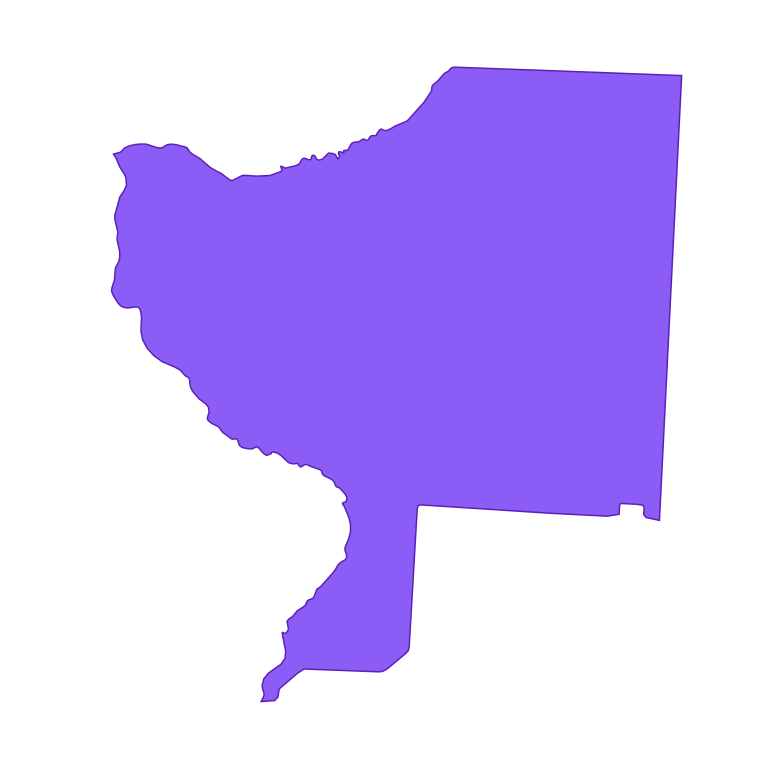 the border of Kgalagadi, rotated 93°
{"feature_id": "BWA-2625", "entity_name": "Kgalagadi", "entity_type": "District", "adm_level": 1, "iso_a3": "BWA", "parent_name": "Botswana", "parent_adm1": "", "projection": "orthographic", "projection_center": [21.995, -25.1], "detail": "fine", "context": "isolated", "style": "filled", "palette": "violet", "viewbox_px": 768, "rotation_deg": 93, "n_neighbors": 0, "source": "natural_earth", "source_scale": "10m", "svg_char_len": 3976}
<svg xmlns="http://www.w3.org/2000/svg" viewBox="0 0 768 768"><g transform="rotate(93 384 384)"><path d="M153.1,436.5L152.5,433.4L151.7,432.0L147.6,430.1L145.2,428.6L144.3,426.9L143.3,422.0L142.7,420.7L141.1,418.7L140.5,417.6L140.5,416.4L141.1,415.5L141.7,414.6L141.3,413.1L140.4,412.2L137.8,410.8L136.9,409.9L136.6,408.9L136.3,404.8L133.5,403.7L130.9,402.1L129.5,400.0L130.7,397.4L130.9,395.1L129.3,391.7L125.4,385.6L120.8,375.9L119.3,373.9L100.6,358.8L89.6,352.3L88.2,351.9L85.2,351.7L83.8,351.4L82.3,350.3L78.4,346.0L70.9,340.2L68.1,335.9L65.6,334.0L64.6,333.0L63.9,330.4L63.5,303.3L63.1,276.2L62.6,249.1L62.2,222.0L61.8,194.9L61.7,190.5L61.4,167.8L61.0,140.7L60.6,113.6L60.4,102.9L63.2,102.9L505.8,101.8L503.6,115.3L500.6,117.9L494.1,117.7L492.6,118.3L491.4,119.5L490.9,125.5L490.9,140.6L491.3,141.8L492.3,142.2L493.7,142.4L501.8,142.4L504.3,154.0L504.4,210.1L502.8,340.0L503.1,342.0L503.8,343.5L505.8,344.1L507.9,344.3L645.0,345.1L647.2,345.4L649.4,346.1L651.6,347.9L667.9,365.4L669.7,367.9L671.1,370.5L671.7,374.0L672.8,449.0L677.3,455.2L693.4,472.1L695.6,472.9L702.1,473.5L705.8,476.5L707.6,490.0L701.4,487.5L698.5,487.8L695.7,489.0L691.8,489.9L684.6,488.6L678.7,484.1L669.1,472.1L662.9,468.4L655.5,468.3L640.7,472.1L637.6,472.5L637.4,471.8L638.2,470.5L638.1,469.2L636.6,467.9L635.2,467.0L633.5,466.6L626.2,468.4L623.5,466.6L621.4,463.5L615.0,458.7L609.7,451.5L608.5,450.7L605.6,449.7L604.3,448.9L603.4,447.5L602.0,444.1L600.6,442.9L592.7,440.4L591.0,438.5L589.9,436.9L575.0,424.9L571.5,422.6L567.3,420.6L565.9,419.5L564.1,417.5L561.9,414.1L560.7,412.8L558.6,412.2L556.8,412.5L552.1,414.2L549.6,414.4L547.4,413.8L540.9,411.3L533.1,409.7L526.0,410.1L519.2,412.1L508.5,417.1L507.1,418.3L505.4,419.2L504.5,418.4L503.9,416.8L503.0,415.5L499.6,415.0L496.2,416.8L490.6,422.4L489.8,423.8L489.5,425.2L488.9,426.4L487.3,427.4L485.3,428.3L483.8,429.2L482.6,430.6L481.4,432.5L479.0,438.6L477.5,440.5L473.9,441.9L472.9,443.5L470.0,453.2L468.9,455.6L468.5,456.9L468.4,458.2L469.2,459.8L470.5,461.5L471.2,463.1L469.9,464.7L467.9,466.1L467.8,467.4L468.3,468.8L468.5,470.5L468.2,472.7L467.8,474.4L467.0,475.9L460.6,483.4L458.7,486.6L457.8,490.0L457.9,492.2L458.4,492.7L459.3,493.0L460.3,494.6L461.1,496.8L461.3,497.8L459.8,500.5L457.6,502.8L454.7,505.3L453.2,507.9L455.0,510.8L455.7,512.8L455.8,516.3L455.3,520.0L454.6,522.6L453.4,524.6L452.0,525.6L447.9,527.1L446.4,528.4L446.5,529.8L447.0,531.4L446.9,533.2L440.9,542.3L440.6,542.6L439.2,544.0L436.4,546.0L434.8,548.1L432.5,553.6L429.8,557.7L427.4,558.7L421.0,557.2L416.5,558.1L413.4,560.6L408.6,567.8L401.2,574.9L397.8,576.7L395.5,577.5L389.1,578.6L387.8,579.5L386.3,582.7L380.6,588.5L377.9,594.2L373.3,606.7L368.0,615.0L360.9,622.2L352.6,627.3L343.7,629.5L330.0,629.6L325.6,630.4L321.8,631.7L320.2,633.4L320.0,635.8L321.3,642.9L321.4,646.0L320.8,648.8L319.3,651.6L316.7,654.2L308.7,659.6L305.6,660.9L302.6,660.8L294.2,658.6L282.2,658.3L275.3,655.2L272.1,654.6L265.6,654.9L253.9,658.1L251.9,658.2L247.9,657.8L245.9,657.8L233.7,661.4L229.4,661.6L210.8,657.5L205.1,654.0L199.1,651.5L191.2,652.6L187.6,654.6L181.1,659.2L172.1,663.6L169.1,665.8L168.7,666.2L168.0,664.7L166.5,659.7L165.1,658.0L163.0,656.5L162.2,655.7L161.3,654.5L159.3,650.2L157.8,644.5L157.0,638.7L156.9,634.0L159.8,623.2L160.0,619.6L159.3,617.3L157.0,614.1L156.1,612.2L155.6,608.1L156.0,603.6L157.7,595.1L158.3,593.2L162.5,590.0L164.4,587.5L168.5,579.6L176.6,569.2L179.7,563.5L182.3,557.4L188.3,548.7L188.8,546.2L183.4,536.8L182.9,533.9L183.1,522.5L181.8,508.9L177.9,499.5L177.8,499.0L176.2,497.1L175.4,497.1L174.0,497.8L172.1,498.5L172.2,497.0L173.6,494.0L170.6,483.6L169.1,480.8L167.7,479.6L164.0,477.8L162.8,476.2L162.8,474.5L164.0,471.1L163.9,469.4L162.8,468.5L161.1,468.2L159.6,467.7L159.2,466.0L159.9,464.9L163.0,462.9L163.9,461.3L162.7,457.2L156.3,451.5L156.5,447.1L157.4,444.6L161.6,441.9L159.7,440.3L158.4,440.4L157.2,441.2L155.9,441.7L154.5,441.1L154.4,439.5L155.1,437.5L155.2,436.2L153.1,436.5Z" fill="#8b5cf6" stroke="#5b21b6" stroke-width="1.5"/></g></svg>